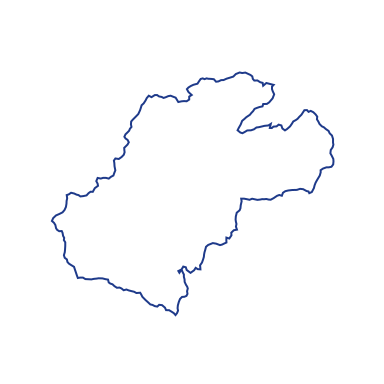 outline of Juquiá, São Paulo, Brazil, rotated 33°
{"feature_id": "56859067B43300961500211", "entity_name": "Juquiá", "entity_type": "district", "adm_level": 2, "iso_a3": "BRA", "parent_name": "Brazil", "parent_adm1": "São Paulo", "projection": "robinson", "projection_center": [-47.643, -24.216], "detail": "fine", "context": "isolated", "style": "outline", "palette": "blue", "viewbox_px": 384, "rotation_deg": 33, "n_neighbors": 0, "source": "geoboundaries", "source_scale": "gbopen_adm2", "svg_char_len": 4490}
<svg xmlns="http://www.w3.org/2000/svg" viewBox="0 0 384 384"><g transform="rotate(33 192 192)"><path d="M245.2,304.2L245.4,301.7L244.9,299.1L243.2,297.3L241.9,294.8L240.8,291.3L240.2,288.2L240.8,285.4L242.7,284.0L243.9,282.2L243.7,279.9L241.9,277.9L241.0,275.2L239.5,274.0L237.5,273.1L234.8,271.4L233.3,269.3L231.4,267.6L230.1,265.6L227.8,264.3L225.4,262.6L225.3,259.3L227.8,258.5L230.0,260.3L234.8,260.6L236.4,256.5L236.4,253.6L238.8,253.6L241.2,252.3L240.0,250.7L238.7,249.1L238.8,245.7L238.0,242.4L237.3,240.0L236.2,237.9L235.3,235.7L234.7,233.6L233.6,230.3L234.4,227.6L237.3,223.5L240.3,222.2L244.4,221.3L245.8,219.8L247.0,217.8L248.4,215.6L247.1,213.8L245.7,211.5L248.6,210.7L248.7,206.9L247.1,204.7L247.9,201.3L250.2,199.1L247.7,197.1L246.7,194.6L245.0,193.0L243.6,191.4L242.1,188.7L240.8,185.0L241.9,181.4L241.5,179.3L240.1,176.6L238.7,172.8L236.9,170.8L239.4,169.2L241.8,168.2L244.5,167.2L246.1,164.9L248.2,164.1L251.1,163.0L253.3,161.2L254.7,159.8L256.4,158.8L258.1,157.4L260.4,156.6L262.2,155.6L263.8,152.7L265.4,148.9L266.8,147.0L269.4,146.2L268.7,143.1L269.8,140.5L271.9,138.3L274.9,135.8L278.8,133.1L280.9,130.5L283.7,129.1L287.6,128.8L289.4,128.1L291.0,129.1L292.5,126.8L292.1,122.3L291.2,119.7L290.6,116.9L290.4,114.3L290.3,111.6L290.2,108.6L289.2,105.4L288.0,103.7L289.1,101.0L291.3,98.1L293.4,96.7L295.2,94.9L295.4,92.0L294.0,89.3L292.5,87.3L289.3,85.4L287.0,84.2L285.5,81.2L285.6,78.0L284.8,75.3L283.4,73.8L281.4,70.7L278.6,68.4L275.5,67.8L273.3,66.4L269.9,66.3L267.4,65.9L265.1,66.2L261.9,65.5L259.6,64.1L257.2,63.0L256.0,60.6L253.4,59.6L250.3,59.0L247.4,59.3L246.1,61.3L243.8,60.7L241.7,62.2L241.7,67.6L241.0,70.7L240.7,73.1L239.9,75.1L238.5,77.7L238.6,80.1L238.5,83.6L237.4,87.5L236.4,89.7L233.2,89.5L230.7,87.5L228.0,88.3L227.2,90.9L224.7,92.8L224.1,94.9L222.4,95.9L221.0,92.0L219.8,94.6L216.8,97.0L215.0,98.9L212.8,101.2L210.9,102.8L209.8,105.7L207.9,108.1L204.8,110.3L203.5,113.0L202.3,115.2L200.2,115.8L196.6,115.4L196.3,112.8L196.1,108.9L195.3,105.0L196.2,102.1L196.8,99.7L198.5,95.7L198.7,93.5L199.2,90.9L199.2,88.2L200.5,86.3L202.3,84.0L204.5,81.8L203.8,79.4L206.8,77.4L207.9,74.8L208.6,69.6L207.7,65.3L204.8,63.5L203.0,62.1L201.7,60.0L202.1,57.7L198.9,58.8L195.0,60.1L193.8,64.1L191.8,62.0L189.4,62.8L186.2,62.8L183.5,64.6L181.4,64.0L179.6,62.2L177.3,62.0L171.7,62.8L169.3,64.9L166.9,65.8L164.5,69.2L163.8,72.7L161.5,75.5L159.3,78.1L157.5,80.9L155.5,82.3L153.9,84.9L152.1,86.4L148.9,85.5L146.3,86.8L144.1,88.1L142.3,88.8L141.1,90.5L139.1,90.9L137.7,92.5L137.6,94.9L137.6,98.2L134.8,101.3L133.3,103.7L132.1,106.3L131.7,108.5L134.4,110.0L136.3,110.4L138.9,110.8L137.7,113.5L139.3,116.0L138.1,118.8L135.8,120.1L133.9,121.6L131.5,124.0L126.9,121.8L124.1,122.4L121.6,122.9L119.9,124.5L118.3,126.9L116.9,128.6L114.8,128.8L112.3,129.8L109.9,129.7L108.0,131.0L106.4,134.5L103.3,134.8L102.9,137.9L103.2,140.5L103.2,144.0L102.5,146.7L103.1,148.7L103.9,151.7L104.5,155.9L103.8,159.5L102.9,163.8L102.6,166.0L104.0,168.6L105.8,170.4L105.5,172.8L105.9,174.8L105.5,176.9L104.8,179.9L105.2,182.5L107.1,183.3L109.6,183.4L111.9,184.7L112.1,187.3L111.6,189.7L111.1,191.9L112.5,193.8L113.8,195.3L114.5,197.9L113.9,201.0L112.6,204.2L109.5,205.6L109.4,208.2L111.0,209.9L113.0,212.6L115.9,215.6L116.5,218.6L117.1,221.0L115.8,223.3L114.9,226.1L112.2,227.0L109.8,228.5L108.2,230.4L105.2,231.6L105.8,235.0L108.3,236.4L109.8,238.0L108.4,241.7L108.7,245.9L106.8,247.0L105.9,249.2L105.4,252.3L103.0,254.7L100.8,256.5L98.5,256.4L96.6,257.1L94.1,257.4L91.0,258.5L89.9,261.2L88.6,262.8L90.7,265.2L91.7,267.8L93.1,270.2L94.4,273.2L94.9,276.6L94.5,279.6L92.7,282.7L90.7,285.7L89.8,289.5L90.3,292.6L93.0,293.0L95.4,294.1L97.7,296.4L99.5,297.2L102.0,297.2L104.0,295.7L105.6,296.7L107.8,299.0L109.8,300.1L110.7,302.1L113.1,303.2L115.1,306.3L116.8,309.3L118.1,311.8L119.0,314.8L121.1,316.5L123.8,316.7L125.6,318.5L127.8,319.1L130.2,319.1L133.8,319.0L136.4,321.1L138.7,322.9L140.8,324.6L143.1,326.3L144.8,324.7L147.1,323.2L150.0,323.1L152.4,321.7L155.2,320.1L157.0,318.3L158.9,316.8L160.7,315.2L164.0,313.2L167.0,312.2L169.3,311.2L171.4,313.2L173.3,313.3L175.6,312.7L178.2,313.2L181.2,313.2L183.3,311.6L185.5,311.3L188.2,311.6L190.1,309.5L192.5,309.0L195.2,308.1L197.7,307.2L200.4,307.0L203.4,304.7L205.4,305.7L207.4,306.9L211.8,307.9L215.0,308.4L218.3,309.0L220.4,308.2L222.9,308.0L225.3,307.0L225.9,304.5L228.5,303.2L232.3,303.7L234.6,305.2L237.2,303.6L240.2,303.5L242.7,303.5L245.2,304.2ZM225.4,262.6L225.4,266.6L223.6,265.7L225.4,262.6Z" fill="none" stroke="#1e3a8a" stroke-width="2"/></g></svg>